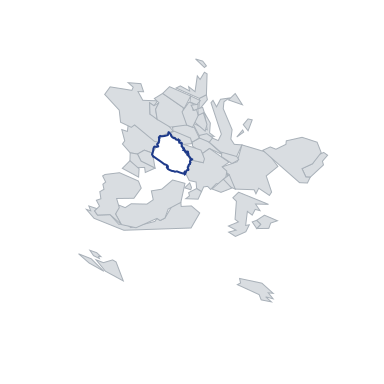 Poland highlighted on a map of Europe, rotated 213°
{"feature_id": "POL", "entity_name": "Poland", "entity_type": "country or territory", "adm_level": 0, "iso_a3": "POL", "parent_name": "Europe", "parent_adm1": "", "projection": "robinson", "projection_center": [19.099, 51.929], "detail": "fine", "context": "in_parent", "style": "outline", "palette": "blue", "viewbox_px": 384, "rotation_deg": 213, "n_neighbors": 37, "source": "natural_earth", "source_scale": "50m", "svg_char_len": 10959}
<svg xmlns="http://www.w3.org/2000/svg" viewBox="0 0 384 384"><g transform="rotate(213 192 192)"><path d="M201.2,80.0L221.5,78.4L235.6,82.9L227.8,84.5L221.6,91.8L217.6,92.0L201.2,80.0ZM270.9,124.1L262.1,126.4L263.4,123.1L258.7,121.2L248.4,128.4L235.7,125.0L230.8,129.6L224.0,128.8L207.1,147.1L207.0,150.8L203.2,150.7L200.5,155.4L201.1,170.6L195.7,177.2L193.2,174.0L184.9,180.0L174.1,178.6L173.2,161.3L228.3,122.8L259.8,116.6L271.1,119.9L266.7,121.1L270.9,124.1ZM253.5,78.4L240.2,81.1L222.7,77.5L239.6,76.4L253.5,78.4ZM245.9,87.5L238.9,89.2L233.2,88.2L235.4,87.1L233.4,85.8L239.9,85.0L245.9,87.5Z" fill="#d9dde1" stroke="#a8b0b8" stroke-width="1"/><path d="M157.3,218.0L180.4,229.5L170.6,242.0L175.8,258.7L150.1,266.2L133.9,260.2L138.5,245.9L125.2,235.3L125.2,231.3L138.1,231.5L137.4,225.3L141.2,227.7L157.3,218.0ZM181.3,270.4L184.4,262.5L183.3,271.6L181.3,270.4Z" fill="#d9dde1" stroke="#a8b0b8" stroke-width="1"/><path d="M195.7,177.2L202.7,164.7L200.5,155.4L203.2,150.7L207.0,150.8L219.5,131.5L233.5,126.2L244.2,131.9L245.9,141.2L239.5,142.5L236.6,149.0L223.2,157.3L220.3,164.4L226.7,170.8L218.9,177.9L214.8,191.5L202.6,195.4L195.7,177.2Z" fill="#d9dde1" stroke="#a8b0b8" stroke-width="1"/><path d="M265.2,191.2L276.5,194.4L276.3,198.3L284.9,206.1L279.2,207.6L281.7,212.8L276.7,217.0L246.8,215.7L246.3,203.1L254.8,201.1L258.4,194.1L265.2,191.2Z" fill="#d9dde1" stroke="#a8b0b8" stroke-width="1"/><path d="M298.4,247.9L305.1,248.9L293.9,255.0L287.2,249.7L292.0,246.8L283.2,242.1L270.4,249.8L270.9,243.6L276.1,243.7L269.6,234.4L253.1,236.5L241.0,232.8L248.7,221.8L246.8,215.7L251.1,214.0L276.7,217.0L278.1,213.2L289.9,211.6L297.6,221.0L318.4,226.3L317.9,235.6L297.8,244.5L298.4,247.9Z" fill="#d9dde1" stroke="#a8b0b8" stroke-width="1"/><path d="M218.8,234.4L214.4,242.3L208.3,243.6L185.8,240.0L201.0,238.0L204.1,230.3L216.7,230.8L218.8,234.4Z" fill="#d9dde1" stroke="#a8b0b8" stroke-width="1"/><path d="M241.0,232.8L243.7,235.7L236.4,244.3L225.1,247.3L215.3,241.3L218.8,234.4L241.0,232.8Z" fill="#d9dde1" stroke="#a8b0b8" stroke-width="1"/><path d="M260.7,233.9L269.6,234.4L276.1,243.7L270.9,243.6L268.4,248.8L267.6,241.6L260.7,233.9Z" fill="#d9dde1" stroke="#a8b0b8" stroke-width="1"/><path d="M268.4,248.8L274.5,249.9L270.3,258.7L245.2,258.0L232.9,245.3L245.6,234.5L260.7,233.9L267.6,241.6L268.4,248.8Z" fill="#d9dde1" stroke="#a8b0b8" stroke-width="1"/><path d="M258.4,194.1L254.8,201.1L246.3,203.1L236.0,191.9L251.5,190.1L258.4,194.1Z" fill="#d9dde1" stroke="#a8b0b8" stroke-width="1"/><path d="M261.1,184.4L265.2,191.2L258.4,194.1L251.5,190.1L236.0,191.9L241.8,182.9L245.1,186.8L252.4,181.8L261.1,184.4Z" fill="#d9dde1" stroke="#a8b0b8" stroke-width="1"/><path d="M263.3,173.9L261.1,184.4L249.0,182.7L244.9,175.4L263.3,173.9Z" fill="#d9dde1" stroke="#a8b0b8" stroke-width="1"/><path d="M207.2,204.0L210.6,218.2L198.5,222.7L204.1,230.3L201.0,238.0L177.2,237.1L180.4,229.5L174.2,228.5L171.9,223.4L172.4,214.2L176.2,212.2L177.8,204.3L182.0,205.2L185.0,202.6L184.2,197.5L190.0,197.4L194.0,202.6L200.6,200.1L207.2,204.0Z" fill="#d9dde1" stroke="#a8b0b8" stroke-width="1"/><path d="M243.8,255.7L245.2,258.0L270.3,258.7L268.2,268.1L245.4,271.8L243.8,255.7Z" fill="#d9dde1" stroke="#a8b0b8" stroke-width="1"/><path d="M261.5,305.5L254.3,307.6L248.6,305.6L249.4,303.2L261.5,305.5ZM236.7,274.5L262.0,270.5L259.6,274.6L249.0,275.4L252.2,278.5L244.1,277.8L250.8,292.3L246.5,290.8L246.8,299.2L243.7,299.3L232.8,281.3L236.7,274.5Z" fill="#d9dde1" stroke="#a8b0b8" stroke-width="1"/><path d="M236.7,274.5L232.8,281.3L229.4,277.8L230.9,264.3L236.7,274.5Z" fill="#d9dde1" stroke="#a8b0b8" stroke-width="1"/><path d="M216.8,243.3L229.3,250.2L213.1,252.5L225.1,265.5L214.2,259.8L209.4,251.1L203.8,250.7L216.8,243.3Z" fill="#d9dde1" stroke="#a8b0b8" stroke-width="1"/><path d="M186.5,237.7L189.6,243.4L175.7,247.2L170.4,244.5L174.0,237.6L186.5,237.7Z" fill="#d9dde1" stroke="#a8b0b8" stroke-width="1"/><path d="M170.8,223.6L172.3,227.1L170.1,226.7L170.8,223.6Z" fill="#d9dde1" stroke="#a8b0b8" stroke-width="1"/><path d="M172.7,219.8L170.1,226.7L157.3,218.0L167.9,216.2L172.7,219.8Z" fill="#d9dde1" stroke="#a8b0b8" stroke-width="1"/><path d="M176.9,205.4L172.7,219.8L160.8,216.9L167.5,207.5L176.9,205.4Z" fill="#d9dde1" stroke="#a8b0b8" stroke-width="1"/><path d="M100.9,268.8L104.6,266.6L112.5,271.5L106.3,281.3L107.6,290.0L103.1,296.9L98.3,296.7L99.4,288.9L96.5,286.3L100.9,268.8Z" fill="#d9dde1" stroke="#a8b0b8" stroke-width="1"/><path d="M105.1,295.4L106.3,281.3L112.5,271.5L104.6,266.6L100.9,268.8L100.1,262.4L106.9,258.4L155.4,265.5L150.9,272.4L144.9,273.6L139.2,283.1L140.8,286.3L129.5,297.8L114.2,301.9L105.1,295.4Z" fill="#d9dde1" stroke="#a8b0b8" stroke-width="1"/><path d="M122.4,203.4L118.6,212.0L104.7,214.4L109.1,208.8L107.8,203.3L117.8,196.6L116.8,202.3L122.4,203.4Z" fill="#d9dde1" stroke="#a8b0b8" stroke-width="1"/><path d="M190.0,241.1L204.7,243.2L205.1,248.2L198.0,249.4L198.9,256.5L224.7,277.2L224.3,280.3L217.8,276.8L218.6,285.3L212.2,290.9L214.3,285.0L211.2,278.9L192.3,266.1L188.2,257.5L182.5,255.0L175.8,258.7L173.9,246.1L190.0,241.1ZM197.2,292.6L211.5,289.1L209.4,298.1L197.2,292.6ZM178.3,273.9L185.7,276.4L184.8,283.8L180.8,285.3L178.3,273.9Z" fill="#d9dde1" stroke="#a8b0b8" stroke-width="1"/><path d="M190.0,197.4L184.2,197.5L183.0,189.3L193.6,183.0L192.0,187.4L194.5,189.7L190.0,197.4ZM200.4,191.5L198.9,198.4L194.8,195.4L194.3,193.2L200.4,191.5Z" fill="#d9dde1" stroke="#a8b0b8" stroke-width="1"/><path d="M122.4,203.4L116.8,202.3L117.8,196.6L125.2,199.7L122.4,203.4ZM135.0,205.9L128.8,193.2L126.1,195.7L125.2,188.0L131.4,178.4L139.4,178.3L134.3,184.0L142.9,183.3L136.8,192.2L141.0,192.5L149.7,208.4L154.6,209.4L152.8,217.2L121.1,223.3L132.2,216.5L124.8,213.4L129.5,211.8L128.9,205.4L135.0,205.9Z" fill="#d9dde1" stroke="#a8b0b8" stroke-width="1"/><path d="M103.5,139.0L101.7,142.1L105.0,145.4L83.7,153.6L68.7,151.2L73.2,149.0L65.8,146.6L73.1,144.2L65.6,143.1L75.2,139.2L79.8,142.5L103.5,139.0Z" fill="#d9dde1" stroke="#a8b0b8" stroke-width="1"/><path d="M204.7,243.2L215.3,241.3L216.8,243.3L211.3,249.0L204.2,248.7L204.7,243.2Z" fill="#d9dde1" stroke="#a8b0b8" stroke-width="1"/><path d="M263.4,123.1L261.9,129.8L267.7,133.0L264.7,136.7L269.5,142.1L267.3,146.3L271.0,150.0L269.8,153.3L275.7,156.8L274.5,159.3L263.3,168.7L242.9,172.0L236.7,167.6L237.3,155.1L251.7,145.5L244.5,139.3L244.2,131.9L233.5,126.2L248.4,128.4L258.7,121.2L263.4,123.1Z" fill="#d9dde1" stroke="#a8b0b8" stroke-width="1"/><path d="M242.9,229.1L240.0,233.3L222.6,236.4L218.3,232.5L225.6,226.9L242.9,229.1Z" fill="#d9dde1" stroke="#a8b0b8" stroke-width="1"/><path d="M210.6,218.2L221.4,222.2L226.9,226.9L207.3,232.0L199.6,226.6L198.5,222.7L210.6,218.2Z" fill="#d9dde1" stroke="#a8b0b8" stroke-width="1"/><path d="M225.6,264.5L216.2,256.8L214.1,250.2L229.2,252.2L229.6,259.4L225.6,264.5Z" fill="#d9dde1" stroke="#a8b0b8" stroke-width="1"/><path d="M242.8,266.3L245.4,271.8L234.8,273.2L235.5,267.8L242.8,266.3Z" fill="#d9dde1" stroke="#a8b0b8" stroke-width="1"/><path d="M226.8,246.5L232.9,245.3L244.0,253.8L243.5,265.6L239.2,266.8L235.7,261.1L233.2,263.6L228.5,259.7L226.8,246.5Z" fill="#d9dde1" stroke="#a8b0b8" stroke-width="1"/><path d="M232.4,264.9L229.2,268.8L225.1,265.5L228.5,259.7L232.4,264.9Z" fill="#d9dde1" stroke="#a8b0b8" stroke-width="1"/><path d="M234.7,268.9L232.4,264.9L234.9,261.4L240.0,264.3L234.7,268.9Z" fill="#d9dde1" stroke="#a8b0b8" stroke-width="1"/><path d="M247.1,216.0L247.4,216.3L247.5,216.6L247.4,216.9L247.4,217.1L247.6,217.3L248.3,218.1L248.6,218.8L248.8,219.1L249.3,219.4L249.4,219.6L249.2,219.7L248.9,219.8L249.0,220.0L249.4,220.8L249.4,221.3L249.2,221.4L249.0,221.7L248.9,221.9L247.8,222.1L247.5,222.4L246.9,222.9L246.5,223.2L245.9,223.7L244.9,224.7L244.6,225.1L244.3,225.4L243.5,226.3L243.3,226.6L243.3,226.9L243.6,227.7L243.7,228.0L243.6,228.3L243.6,228.5L243.8,228.8L244.2,229.1L244.2,229.4L244.0,229.5L243.6,229.4L243.0,229.2L242.9,229.2L242.6,229.1L241.4,228.8L240.6,228.4L240.5,228.2L240.4,228.0L240.0,227.7L239.3,227.5L238.9,227.3L237.7,227.2L237.2,227.2L236.8,227.3L236.5,227.3L236.2,227.7L236.0,227.9L235.6,227.9L235.3,227.8L235.0,227.6L234.5,227.4L234.2,227.5L233.9,227.5L233.7,227.4L233.6,227.5L233.4,227.5L233.2,227.6L232.9,227.7L232.6,227.9L232.3,228.1L232.1,228.6L231.5,228.4L231.3,228.5L231.0,228.5L230.8,228.5L230.9,228.3L231.0,228.1L231.0,227.8L230.9,227.6L230.7,227.5L230.4,227.4L230.1,227.1L229.9,226.8L229.6,226.4L229.2,226.5L228.9,226.7L228.6,226.8L228.2,227.4L227.4,227.4L227.4,227.1L227.3,226.9L226.8,226.8L226.8,226.6L226.7,226.2L225.8,225.4L225.7,225.1L225.7,224.8L225.5,224.7L224.8,224.5L224.6,224.6L224.4,224.5L224.1,224.3L223.7,224.2L223.5,223.9L223.4,223.9L223.3,224.0L223.2,224.1L222.7,224.3L222.5,224.2L222.4,224.1L222.2,223.8L221.9,223.6L221.7,223.5L221.5,223.4L222.0,223.1L222.1,222.9L222.1,222.5L221.8,222.6L221.4,222.7L221.0,222.8L220.8,222.8L219.6,222.1L218.9,221.9L218.5,221.8L218.4,221.9L218.6,222.3L218.9,222.7L218.9,222.8L218.5,223.0L218.3,223.1L218.0,223.3L217.8,223.5L217.6,223.6L217.4,223.6L217.2,223.5L216.8,222.8L216.2,222.3L216.1,222.2L215.9,222.1L215.7,222.0L215.6,221.8L215.7,221.7L215.9,221.5L216.2,221.4L216.3,221.3L216.4,221.2L216.5,221.0L216.3,220.8L215.9,220.6L215.0,220.7L214.7,220.8L214.6,220.7L214.3,220.5L214.0,220.3L213.6,220.2L213.2,220.1L212.4,219.9L212.1,219.8L211.8,219.6L211.7,219.4L211.6,219.0L211.0,218.8L210.5,218.7L210.4,218.7L210.4,219.1L210.4,219.4L210.0,219.5L209.7,219.5L209.7,219.4L210.1,218.7L210.3,218.2L210.6,217.4L210.3,216.7L210.3,216.4L210.2,216.3L209.4,215.9L209.5,215.4L209.4,215.2L209.2,215.0L209.0,214.6L208.9,214.3L209.2,213.9L209.3,213.6L209.5,213.2L209.4,212.8L209.3,212.6L209.4,212.3L209.3,212.1L209.0,211.9L208.9,211.7L208.9,211.1L209.1,210.6L208.7,209.9L207.6,209.2L207.1,208.7L207.1,208.4L207.4,208.1L207.8,207.9L208.1,207.5L208.3,207.0L208.3,206.9L208.3,206.5L207.9,205.0L207.8,204.7L207.8,204.2L208.7,204.4L209.1,204.6L209.1,204.4L209.0,204.2L209.0,203.6L208.2,203.4L207.6,203.4L207.5,203.1L207.6,202.9L207.7,203.0L208.3,203.1L209.7,202.6L212.1,201.9L214.7,201.3L215.3,201.2L215.9,201.1L216.1,200.9L216.3,200.7L216.7,200.3L217.4,199.7L218.8,199.5L219.3,199.2L220.4,198.7L222.8,198.3L223.8,198.2L224.8,198.2L225.6,198.5L226.6,199.0L226.7,199.3L226.2,199.1L225.5,198.7L225.2,198.7L225.9,199.9L226.2,200.4L226.9,200.7L227.5,200.8L229.3,200.6L229.9,200.3L230.1,200.2L230.2,200.3L231.4,200.3L232.6,200.4L234.5,200.5L236.5,200.6L238.5,200.6L240.7,200.7L243.1,200.8L243.2,200.7L243.5,200.5L243.8,200.6L244.1,200.7L244.3,200.8L244.4,201.0L244.6,201.1L244.9,201.2L245.4,201.4L245.8,201.6L246.1,201.9L246.2,202.2L246.3,202.6L246.2,202.9L246.3,203.0L246.8,204.8L247.6,206.6L248.0,207.4L248.1,207.9L248.2,208.5L248.3,209.0L248.3,209.3L248.2,209.6L248.0,209.8L246.5,210.4L246.2,210.6L245.7,211.1L245.3,211.6L245.2,211.7L245.2,211.9L245.3,212.0L245.9,212.3L246.4,212.5L246.6,212.6L247.0,212.8L247.2,213.0L247.3,213.2L247.3,213.5L247.1,214.0L247.2,214.4L247.0,214.7L246.8,214.9L246.8,215.4L247.1,216.0Z" fill="none" stroke="#1e3a8a" stroke-width="2"/></g></svg>